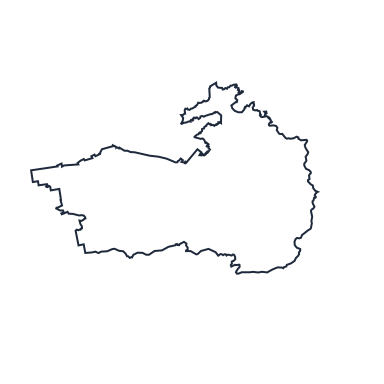 the district of Wellington City, Wellington, New Zealand, rotated 231°
{"feature_id": "76426892B25406189221199", "entity_name": "Wellington City", "entity_type": "district", "adm_level": 2, "iso_a3": "NZL", "parent_name": "New Zealand", "parent_adm1": "Wellington", "projection": "orthographic", "projection_center": [174.755, -41.253], "detail": "fine", "context": "isolated", "style": "outline", "palette": "slate", "viewbox_px": 384, "rotation_deg": 231, "n_neighbors": 0, "source": "geoboundaries", "source_scale": "gbopen_adm2", "svg_char_len": 6061}
<svg xmlns="http://www.w3.org/2000/svg" viewBox="0 0 384 384"><g transform="rotate(231 192 192)"><path d="M211.8,70.7L208.0,76.2L206.5,79.3L203.4,80.9L202.8,83.9L199.3,88.8L197.8,94.1L196.6,96.1L192.2,98.3L189.3,101.2L185.9,101.6L183.0,101.1L182.2,101.9L179.9,102.2L179.6,103.8L178.9,104.2L180.1,107.0L179.1,111.5L175.8,115.3L172.1,116.9L170.3,119.1L169.7,125.8L165.5,132.0L164.2,139.3L161.1,145.5L161.6,146.5L161.3,147.1L160.8,147.7L160.0,147.3L158.8,148.6L159.3,149.2L158.3,154.4L155.4,155.2L154.3,153.8L151.4,153.6L150.0,152.4L150.3,150.7L149.8,150.2L147.0,153.7L140.8,156.1L140.2,157.3L140.5,161.9L137.4,169.0L130.4,172.5L126.0,172.3L125.9,174.9L125.1,175.8L123.3,176.5L123.2,177.9L122.3,179.0L121.0,178.9L121.1,179.5L120.2,181.0L117.7,182.8L117.8,184.2L116.7,185.2L114.5,184.7L112.5,183.3L112.3,180.8L112.9,179.7L112.6,178.8L111.3,178.0L110.8,176.2L109.3,175.6L108.4,179.6L107.5,180.1L105.9,182.9L105.3,183.0L103.8,181.8L103.2,178.6L102.1,175.7L100.3,175.5L99.3,176.8L98.3,180.2L93.2,186.5L91.5,189.2L87.7,192.9L86.0,196.1L82.2,199.8L81.2,205.6L79.6,211.0L76.7,214.3L75.3,215.0L75.7,216.3L74.8,218.4L75.7,219.8L74.3,223.8L73.9,228.3L75.3,231.2L75.6,234.3L76.3,236.1L77.8,237.2L78.2,239.1L79.6,240.2L82.8,238.4L85.9,238.4L88.8,240.3L90.2,242.8L90.2,244.7L88.5,246.2L87.9,248.0L89.3,250.3L89.2,258.2L88.8,260.8L89.1,261.7L92.3,265.5L94.3,266.5L97.1,269.8L102.4,272.5L103.1,273.9L102.8,276.0L103.5,277.9L107.3,278.7L108.9,279.8L108.9,281.0L110.6,283.2L109.9,284.3L110.2,285.1L112.1,285.2L112.9,286.7L112.9,287.7L113.4,288.3L113.0,289.8L115.6,288.5L118.8,288.7L121.0,290.0L123.3,289.1L127.3,288.8L128.3,289.7L128.1,291.5L131.3,293.4L132.0,296.4L133.1,296.9L135.1,296.8L138.4,295.2L141.8,295.9L143.3,296.9L144.3,300.6L147.9,302.5L148.6,305.4L149.8,307.4L154.6,307.9L157.5,309.1L158.9,313.2L159.4,313.8L160.5,313.8L163.5,309.3L166.5,308.2L167.5,309.0L169.1,308.2L169.8,304.8L171.3,302.2L173.1,300.7L173.7,299.3L175.1,298.7L180.4,298.7L181.6,296.9L182.7,296.4L186.7,296.8L188.2,298.8L190.4,298.9L192.4,297.4L194.6,294.1L195.4,293.9L196.2,294.3L196.9,295.9L196.0,297.4L196.1,298.2L197.9,298.0L198.5,298.5L201.0,298.1L200.7,298.8L201.5,298.8L204.0,297.7L205.8,294.0L207.1,292.9L208.6,293.0L208.6,294.0L209.7,293.8L210.1,294.4L212.2,295.4L213.9,294.1L214.7,294.2L215.6,292.5L217.5,291.3L219.4,292.3L220.0,293.9L220.0,295.3L220.3,294.7L221.2,295.5L222.1,295.3L222.9,296.4L223.6,295.4L223.7,293.2L222.7,290.2L224.7,289.4L224.3,288.2L224.8,287.0L223.9,286.5L224.2,285.6L223.2,284.5L222.6,280.9L224.9,278.1L228.2,276.3L231.6,276.0L234.5,277.1L234.3,283.0L232.9,283.7L234.0,283.5L234.9,285.0L237.6,284.7L239.3,286.8L238.9,289.1L238.1,290.4L237.7,294.4L238.1,294.9L239.2,294.1L238.1,291.6L239.1,290.6L239.9,290.8L239.7,291.6L240.9,291.9L241.3,292.6L241.9,292.8L242.0,292.0L242.5,291.9L243.4,293.5L245.1,292.9L245.6,291.6L246.4,291.4L246.9,292.2L246.8,294.0L247.6,294.2L249.2,291.9L249.5,290.0L250.4,288.9L250.0,286.9L250.9,285.6L250.2,284.2L251.8,283.3L251.7,281.6L252.3,280.4L253.9,280.9L256.8,277.9L259.6,278.0L261.7,279.5L262.7,272.5L261.8,271.8L261.6,270.6L255.0,265.8L255.5,265.1L254.9,265.7L254.5,265.4L254.3,264.3L253.5,263.8L253.1,261.4L253.8,259.6L255.4,258.8L255.1,257.9L255.5,257.7L255.4,255.7L256.5,253.8L257.5,253.1L256.4,250.6L256.7,249.0L256.1,248.6L256.8,244.6L257.4,243.6L257.3,241.9L258.7,240.7L259.8,240.9L260.0,240.0L260.9,239.3L260.1,237.7L257.3,236.0L257.7,235.6L257.5,233.3L258.6,232.0L255.0,231.7L253.0,229.3L252.0,226.7L251.4,226.9L250.9,229.3L249.9,230.7L248.6,234.4L247.6,235.2L248.3,235.6L248.6,236.5L247.1,237.7L247.4,239.0L247.3,237.7L247.7,237.8L248.0,239.2L248.3,238.6L248.6,240.4L247.0,241.3L247.3,242.2L246.9,242.8L244.5,243.1L244.4,244.9L245.4,246.2L244.5,247.9L243.0,248.7L242.8,250.2L240.6,255.9L240.1,256.2L240.0,255.7L239.6,260.3L239.2,260.3L239.0,258.8L239.1,260.5L238.2,262.0L233.2,262.9L227.8,258.3L229.1,258.3L227.5,257.9L229.6,257.6L227.8,257.5L228.4,256.9L228.4,257.0L229.5,257.0L228.4,256.9L229.1,256.2L230.3,257.1L228.6,255.4L228.6,254.3L229.2,254.2L229.4,253.2L229.0,252.8L229.5,252.1L229.3,251.0L230.7,250.7L231.6,249.4L232.0,250.5L231.8,249.4L233.3,249.2L233.5,248.3L235.2,248.0L234.8,244.8L234.4,244.6L234.8,242.5L233.8,241.3L234.6,239.5L233.0,238.1L233.1,237.0L232.3,235.7L232.6,235.0L233.4,235.0L232.9,233.2L233.4,232.1L233.4,228.8L232.9,228.5L227.8,232.2L226.9,233.9L225.1,234.3L222.6,233.7L221.3,232.9L221.6,233.4L221.0,233.7L221.3,234.3L218.7,234.9L218.2,231.3L218.1,233.6L216.7,233.7L216.0,232.5L213.7,232.7L212.7,228.9L212.9,227.6L213.7,228.3L213.4,226.2L212.8,227.2L212.6,226.4L212.8,224.4L213.5,224.0L213.9,225.0L213.7,223.9L214.1,223.3L214.7,224.7L214.3,222.6L214.7,222.2L215.3,224.2L215.8,224.1L215.3,221.9L215.9,221.1L217.2,224.2L221.8,223.1L218.3,205.6L218.7,205.0L219.0,205.5L218.9,205.0L219.4,206.6L219.2,205.7L219.5,205.5L219.0,204.9L219.4,204.8L220.0,206.9L219.6,204.6L222.0,202.8L222.5,204.9L225.1,204.3L224.6,201.7L224.9,200.5L224.3,199.3L225.4,197.8L233.7,193.4L240.6,188.1L246.8,182.0L259.0,172.4L261.7,169.4L264.7,167.8L266.6,165.5L272.2,163.5L271.8,162.7L274.2,161.6L274.2,161.1L274.7,161.5L276.8,160.6L276.3,159.5L277.1,160.1L278.2,159.8L277.6,158.8L281.9,149.0L280.6,145.8L279.8,145.0L280.1,144.2L279.5,144.1L280.6,139.5L282.4,139.8L283.1,136.3L281.0,135.9L284.1,128.5L285.7,128.7L286.5,125.1L286.5,121.3L285.0,121.0L293.2,109.2L293.5,106.9L296.2,108.5L297.4,103.9L296.5,103.6L310.1,80.6L299.9,74.6L297.3,79.1L293.7,77.0L289.4,84.2L288.5,83.9L288.0,82.0L286.9,82.5L286.6,83.8L287.3,84.3L286.2,85.0L285.0,85.0L282.1,83.3L277.9,90.8L268.3,85.2L268.5,84.8L263.3,82.5L264.4,77.9L265.0,76.8L264.6,76.1L260.6,77.9L258.9,80.1L256.9,79.6L257.6,77.0L256.6,76.8L254.9,82.8L252.8,82.5L250.0,85.6L244.8,89.5L243.5,91.6L241.8,93.1L239.6,93.1L238.5,92.5L238.9,91.2L238.7,90.1L239.2,87.7L240.6,86.6L237.6,85.2L234.6,84.8L233.0,83.6L233.4,82.6L232.9,82.1L233.0,81.3L233.5,81.0L233.8,79.6L235.2,78.8L235.2,77.2L221.9,70.2L219.5,74.9L211.8,70.7ZM208.9,298.7L207.1,298.7L206.7,299.7L207.8,300.3L208.9,298.7ZM206.2,298.9L207.0,298.6L206.2,297.5L206.2,298.9Z" fill="none" stroke="#1e293b" stroke-width="2"/></g></svg>